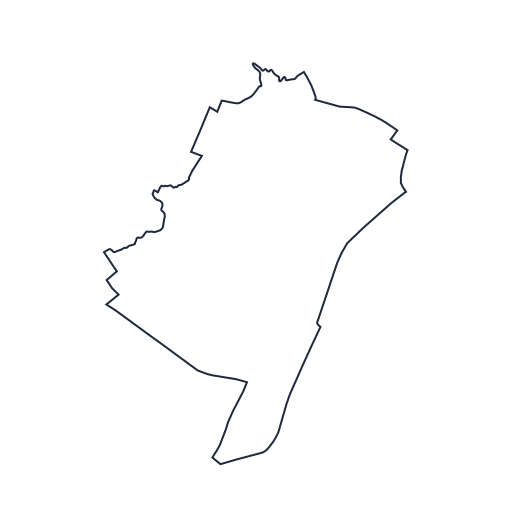 My Tho, Tiền Giang, Vietnam (Mercator projection), rotated 308°
{"feature_id": "81297802B97193335039618", "entity_name": "My Tho", "entity_type": "district", "adm_level": 2, "iso_a3": "VNM", "parent_name": "Vietnam", "parent_adm1": "Tiền Giang", "projection": "mercator", "projection_center": [106.365, 10.362], "detail": "fine", "context": "isolated", "style": "outline", "palette": "slate", "viewbox_px": 512, "rotation_deg": 308, "n_neighbors": 0, "source": "geoboundaries", "source_scale": "gbopen_adm2", "svg_char_len": 4167}
<svg xmlns="http://www.w3.org/2000/svg" viewBox="0 0 512 512"><g transform="rotate(308 256 256)"><path d="M70.1,356.2L82.3,364.9L103.3,380.8L105.7,382.4L107.5,383.2L110.1,383.8L114.1,384.0L120.2,383.9L124.6,383.4L130.7,382.2L144.9,376.5L157.7,371.3L167.5,368.0L175.5,365.9L184.1,363.8L198.0,360.2L219.0,355.2L235.6,351.4L239.8,350.5L240.0,347.7L240.2,346.5L240.9,345.5L242.2,344.7L244.6,344.0L300.3,324.3L303.7,323.4L311.6,321.5L316.1,320.9L318.0,320.6L321.9,320.0L328.0,320.8L334.3,321.8L339.2,322.4L346.5,323.6L363.1,326.7L380.4,329.9L397.3,334.1L398.9,334.7L400.7,329.3L402.3,326.1L402.7,325.2L405.2,323.4L407.1,321.7L409.8,320.2L412.7,318.4L416.1,317.0L420.6,315.0L424.8,313.2L428.6,311.6L432.7,310.3L432.6,308.8L431.5,298.5L431.2,295.1L430.8,290.4L440.3,290.1L441.9,290.1L441.6,283.4L441.3,280.5L441.2,277.6L440.8,274.2L440.5,271.4L439.8,267.6L439.4,264.9L438.1,259.1L437.4,255.9L435.8,249.5L435.1,246.5L434.1,243.6L433.6,242.2L430.9,238.1L425.3,230.1L415.5,206.5L416.4,206.4L417.3,205.7L418.6,204.3L420.0,201.9L421.8,199.1L424.4,194.7L426.4,190.4L428.6,185.5L430.5,180.5L427.0,179.1L423.9,178.0L422.3,177.7L419.8,177.7L419.3,177.4L418.6,176.9L417.8,176.1L417.1,175.3L415.0,173.4L413.7,172.4L413.1,171.6L413.1,171.1L413.4,170.6L414.0,170.0L414.6,169.2L414.6,168.3L414.1,167.9L412.8,167.8L411.7,167.8L409.1,167.8L408.6,167.5L408.3,167.0L408.3,166.6L408.7,166.0L409.5,165.4L410.5,164.7L411.1,164.0L411.2,163.0L410.9,161.4L410.8,159.9L410.9,157.8L411.5,156.1L412.0,154.9L412.1,153.8L411.9,153.1L411.5,152.8L410.7,152.8L409.8,152.8L409.6,152.6L409.2,152.5L409.0,152.2L408.9,151.9L408.9,150.5L409.1,149.7L409.2,148.8L409.1,148.3L408.5,148.0L407.9,147.8L406.9,147.7L406.2,147.2L406.1,146.8L406.1,146.1L406.6,144.6L406.8,142.5L406.7,139.1L406.7,136.7L406.3,135.4L406.0,135.2L405.7,135.1L405.1,135.6L404.6,136.4L404.1,137.6L403.6,139.8L403.6,142.9L403.6,144.3L403.2,145.5L402.7,146.5L401.9,147.4L400.9,148.1L399.7,148.8L398.9,149.2L398.2,149.7L397.2,150.8L395.9,152.5L395.0,153.9L394.5,154.4L394.1,154.8L393.5,155.3L393.0,155.4L392.5,155.0L392.3,154.5L391.9,154.3L391.3,154.2L390.6,154.2L386.5,154.4L381.6,154.4L378.3,153.9L375.4,152.6L372.0,150.8L370.2,150.2L368.1,149.6L365.9,148.4L364.6,147.0L363.0,144.3L361.5,141.5L359.3,137.0L357.3,133.3L345.8,136.7L344.8,128.0L320.0,134.9L298.1,140.7L299.5,145.2L300.9,149.7L301.6,151.7L287.4,153.0L283.1,153.4L281.4,153.9L280.5,154.0L279.1,154.4L278.1,154.5L276.5,154.9L275.3,155.9L274.3,156.2L273.7,156.1L272.5,155.6L271.3,155.2L266.3,153.4L265.5,152.8L264.4,151.7L263.6,151.4L262.3,151.3L261.7,151.2L261.1,150.4L260.6,149.8L259.7,149.5L259.2,149.1L259.1,148.2L259.2,146.0L259.1,145.2L258.3,144.5L256.8,143.4L256.1,142.7L255.8,142.0L255.4,141.2L254.9,140.9L254.3,140.6L253.9,140.1L253.5,138.8L253.2,138.3L252.6,138.2L250.6,138.3L246.5,139.3L245.9,139.5L245.6,139.3L245.6,138.1L245.5,136.6L245.2,135.6L244.9,135.2L244.5,135.2L243.7,135.6L242.6,136.0L241.4,136.1L240.5,137.6L239.7,139.2L239.3,140.9L239.3,142.6L239.3,143.7L240.0,145.2L240.4,146.8L240.3,148.3L239.5,150.1L238.7,150.9L237.0,151.8L234.8,152.4L234.0,153.1L233.7,153.8L233.6,155.7L233.5,156.8L232.9,158.0L230.9,159.9L230.1,160.3L229.2,160.7L227.5,161.5L225.9,162.4L224.6,163.0L224.0,163.4L223.2,163.9L221.4,164.9L220.9,165.0L219.6,165.0L218.3,164.9L217.3,164.6L215.5,163.5L212.8,161.7L212.2,161.1L211.5,159.8L211.0,158.7L210.2,157.9L209.3,156.9L208.8,156.3L208.4,155.2L207.8,154.8L206.9,154.6L204.6,154.6L203.0,154.8L201.5,154.7L200.2,154.4L199.5,154.0L198.2,152.2L197.6,151.4L196.7,151.1L195.7,151.4L194.6,152.0L193.6,152.2L192.6,152.3L191.7,152.7L191.0,153.1L190.4,153.0L189.3,152.3L187.1,150.6L185.6,149.6L184.7,149.4L183.6,149.3L182.8,149.0L182.0,147.9L181.3,147.2L179.3,146.3L178.0,145.9L174.6,143.6L172.4,142.5L171.5,141.5L171.5,140.1L171.9,138.7L171.6,136.9L170.7,135.9L167.9,134.8L165.4,133.9L160.1,149.9L158.2,155.8L145.1,153.1L142.1,162.1L140.9,171.5L133.6,169.8L125.7,167.9L126.7,179.7L128.1,223.5L128.5,232.9L129.9,280.5L131.0,284.1L133.2,290.8L135.3,295.4L146.9,316.6L151.0,326.6L141.1,329.4L135.0,330.5L119.8,333.3L107.8,336.3L100.8,339.0L84.7,343.9L78.4,344.9L73.7,345.3L70.3,345.8L70.1,356.2Z" fill="none" stroke="#1e293b" stroke-width="2"/></g></svg>